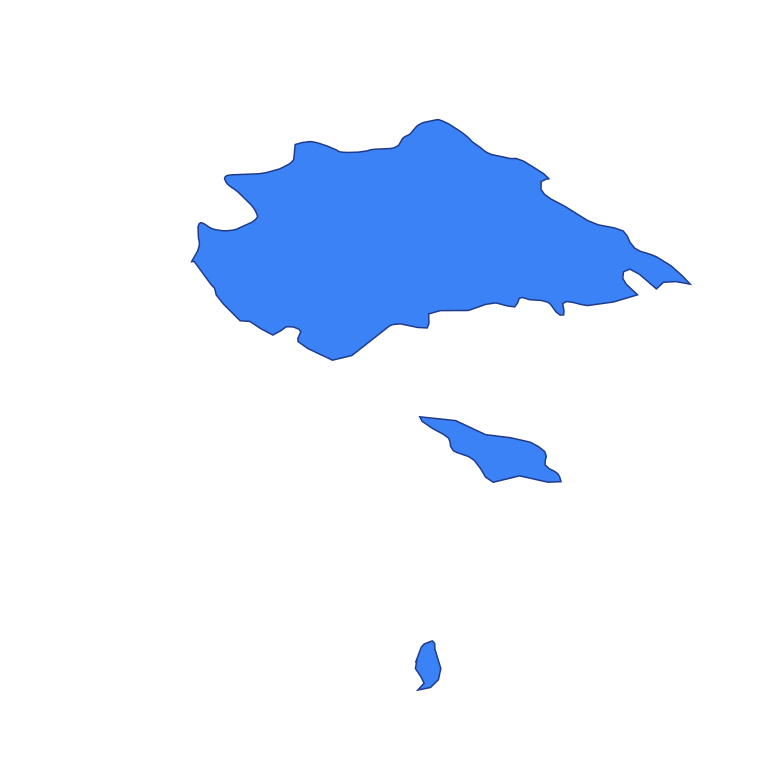 the border of Satun, rotated 295°
{"feature_id": "THA-385", "entity_name": "Satun", "entity_type": "Province", "adm_level": 1, "iso_a3": "THA", "parent_name": "Thailand", "parent_adm1": "", "projection": "equal_earth", "projection_center": [99.888, 6.793], "detail": "fine", "context": "isolated", "style": "filled", "palette": "blue", "viewbox_px": 768, "rotation_deg": 295, "n_neighbors": 0, "source": "natural_earth", "source_scale": "10m", "svg_char_len": 2765}
<svg xmlns="http://www.w3.org/2000/svg" viewBox="0 0 768 768"><g transform="rotate(295 384 384)"><path d="M639.7,446.7L638.4,444.6L633.9,440.9L626.8,444.0L623.6,449.5L622.2,457.2L621.5,472.4L618.2,499.6L618.8,511.0L622.8,526.6L623.8,536.1L620.8,542.0L616.4,547.0L613.0,554.0L612.6,560.0L614.2,571.7L614.4,577.5L612.4,594.3L608.0,608.9L603.9,619.3L600.2,605.3L594.3,594.3L585.3,590.7L591.4,569.1L592.0,558.3L587.0,553.6L580.6,555.8L576.8,561.4L572.0,576.1L555.3,557.3L541.1,535.3L539.4,529.4L538.0,521.6L536.0,514.8L532.5,511.9L526.2,516.3L522.5,517.6L520.9,514.4L522.0,509.6L526.5,501.4L527.4,498.2L526.2,491.4L521.9,480.1L520.9,472.7L518.7,470.4L514.0,470.8L509.2,469.9L507.1,463.6L504.8,451.2L499.3,442.7L486.3,429.4L474.4,404.2L466.5,394.9L457.5,399.2L453.1,399.5L449.5,390.8L445.5,373.6L442.0,367.4L439.3,364.6L396.2,342.8L383.8,327.2L383.9,300.3L386.1,288.2L388.8,286.7L396.0,286.5L397.8,283.7L397.3,277.3L394.5,271.1L389.0,268.2L381.4,262.6L382.0,249.8L384.0,235.9L380.5,226.9L388.6,204.7L393.8,194.3L399.3,189.9L400.9,185.5L414.8,160.3L413.6,157.9L413.8,157.9L426.0,158.9L432.1,157.9L434.9,156.4L438.0,154.1L447.6,149.1L450.8,148.7L452.7,149.6L453.2,151.7L453.1,154.1L452.3,158.9L452.1,161.6L452.3,164.0L452.8,166.5L454.7,173.0L456.5,176.9L459.4,181.8L461.9,184.8L475.1,196.2L479.5,198.3L482.3,198.7L483.7,197.5L486.2,194.7L488.3,191.6L490.1,188.0L496.1,171.2L497.2,166.7L498.0,161.5L498.8,158.4L500.0,155.7L502.7,152.7L504.5,152.5L506.1,153.2L507.3,154.6L509.4,157.9L521.4,181.3L525.6,187.7L534.7,198.4L543.2,205.1L546.6,206.7L549.3,207.3L563.5,202.3L568.1,207.6L572.6,214.7L573.6,218.0L574.6,222.7L575.7,232.4L576.0,241.6L575.7,244.4L575.7,244.7L575.7,245.1L575.7,245.8L576.8,249.1L578.7,253.7L583.5,263.1L588.2,270.2L590.6,272.9L592.6,276.0L600.2,290.4L601.3,292.0L602.4,293.3L605.4,295.7L607.0,296.5L613.1,296.9L615.0,297.4L616.7,298.2L620.9,301.6L622.6,302.3L630.4,304.4L632.3,305.1L635.2,307.1L637.9,309.5L645.8,320.1L646.7,321.9L647.1,326.4L647.1,332.9L645.0,347.8L643.5,354.2L642.2,358.3L641.3,360.2L640.5,363.0L639.1,371.3L637.6,376.8L637.3,379.9L637.4,384.2L641.5,402.3L642.4,404.7L644.2,408.4L645.0,416.3L642.1,439.9L639.7,446.7ZM377.1,569.4L376.9,575.6L376.1,579.6L374.0,582.5L370.3,585.7L364.3,574.1L358.0,545.6L341.1,524.5L342.5,515.4L348.0,507.5L352.9,498.2L354.0,491.4L352.7,479.1L352.9,474.9L355.6,470.7L359.2,468.5L362.2,465.5L363.5,459.0L364.2,446.7L366.3,434.3L369.4,430.3L381.1,464.4L381.0,497.3L388.9,521.8L393.1,541.4L392.5,550.7L390.7,558.2L387.2,561.6L382.7,562.5L378.8,564.1L377.1,569.4ZM165.4,530.3L171.6,536.3L170.3,539.6L165.2,542.2L150.2,555.7L139.0,558.3L128.6,554.4L120.9,544.0L129.8,546.8L134.6,540.7L139.4,532.7L148.4,530.3L144.7,530.3L161.2,529.0L165.4,530.3Z" fill="#3b82f6" stroke="#1e3a8a" stroke-width="1.5"/></g></svg>